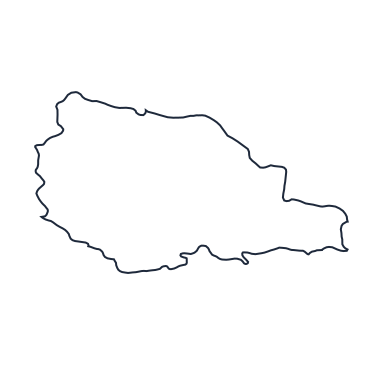 Byaroza, Brest, Belarus, rotated 6°
{"feature_id": "67162791B6222300561744", "entity_name": "Byaroza", "entity_type": "district", "adm_level": 2, "iso_a3": "BLR", "parent_name": "Belarus", "parent_adm1": "Brest", "projection": "natural_earth1", "projection_center": [25.045, 52.495], "detail": "fine", "context": "isolated", "style": "outline", "palette": "slate", "viewbox_px": 384, "rotation_deg": 6, "n_neighbors": 0, "source": "geoboundaries", "source_scale": "gbopen_adm2", "svg_char_len": 4269}
<svg xmlns="http://www.w3.org/2000/svg" viewBox="0 0 384 384"><g transform="rotate(6 192 192)"><path d="M94.5,256.8L96.7,257.1L100.9,258.2L103.3,258.6L105.0,258.6L106.6,259.0L108.9,260.7L109.8,262.0L110.7,264.0L112.2,265.7L114.9,266.8L118.6,267.1L121.4,267.1L122.3,268.5L123.8,270.4L124.3,272.8L125.6,275.3L126.8,277.0L128.6,278.2L130.8,278.9L134.0,279.1L136.9,279.2L141.3,278.2L144.6,277.6L147.6,276.7L150.1,275.9L152.3,275.5L155.1,275.4L157.3,274.8L159.3,274.3L161.6,273.8L163.6,273.4L165.4,272.8L168.1,271.8L170.0,269.6L171.4,268.9L173.8,268.3L175.2,268.7L175.9,269.6L177.0,270.7L178.0,271.0L179.4,270.9L182.4,269.9L184.8,268.5L186.3,267.4L187.8,266.6L189.2,266.1L191.3,265.4L193.0,264.9L194.0,263.9L194.2,262.8L194.0,261.3L193.8,259.5L193.6,258.5L192.3,258.1L190.5,257.9L187.9,257.2L187.1,256.2L187.4,254.8L189.2,254.0L190.8,253.7L194.3,253.7L197.3,253.8L199.3,252.9L200.8,252.1L202.1,250.8L203.0,249.8L203.8,247.9L204.6,246.2L205.4,245.4L206.9,244.4L208.8,244.2L211.4,244.3L213.8,246.0L214.7,247.2L215.7,249.1L217.1,250.6L218.5,252.2L220.3,252.9L222.3,253.4L223.6,253.9L225.1,254.9L227.0,255.7L229.0,256.0L233.2,255.8L235.7,255.3L237.6,254.8L241.3,253.8L243.8,253.6L247.7,254.3L249.7,255.8L251.2,257.5L252.6,258.0L253.8,257.8L254.9,257.0L255.1,255.7L253.2,253.9L252.2,253.1L250.1,251.4L248.7,249.6L248.4,248.0L248.8,246.9L249.9,246.6L251.8,246.5L253.5,246.4L255.6,246.7L257.9,247.2L261.6,247.2L264.6,246.4L267.6,245.6L270.4,244.7L273.7,243.2L276.5,241.8L279.6,240.6L282.9,239.1L284.6,238.2L287.8,238.1L291.4,238.1L293.7,238.5L295.2,238.9L297.0,239.2L299.2,239.1L301.3,239.1L303.7,239.1L305.2,239.1L306.5,239.0L308.4,238.8L310.2,239.5L312.4,241.0L313.4,241.7L314.5,241.8L315.6,240.3L317.5,238.8L320.6,237.8L322.3,236.9L325.6,236.4L327.4,236.1L327.5,235.7L329.2,234.3L331.6,232.9L333.9,232.3L337.3,232.3L342.5,234.0L346.1,234.8L348.8,234.9L352.1,234.3L352.7,232.9L350.4,232.0L348.6,230.6L347.0,228.3L346.4,223.4L345.5,220.8L344.9,217.2L343.9,213.5L344.3,210.0L345.4,208.0L348.9,205.4L349.9,205.2L349.1,203.1L348.5,200.3L346.7,197.6L344.1,195.0L340.5,193.0L336.2,191.5L332.8,191.3L329.8,191.3L327.8,191.7L324.9,192.5L323.1,192.9L321.2,192.9L316.5,192.3L313.7,191.9L309.4,191.7L306.2,191.5L301.1,189.9L298.4,189.3L294.0,188.8L291.8,188.9L289.5,190.6L286.9,191.2L284.6,190.8L283.0,188.0L283.0,184.0L283.4,179.6L283.3,176.2L283.6,172.1L283.6,166.7L283.6,164.2L283.6,162.1L283.1,159.9L281.2,158.2L278.8,157.6L274.7,157.6L271.1,157.6L267.6,157.2L264.7,158.7L262.4,159.8L260.2,160.4L257.2,160.5L255.5,159.3L252.3,156.9L248.7,154.6L245.9,152.1L245.0,149.2L244.5,146.1L243.0,143.4L232.0,137.0L226.6,134.3L221.4,132.2L217.5,127.8L215.1,125.2L213.0,122.8L209.4,120.1L206.2,118.3L201.7,116.2L197.2,114.7L194.2,114.6L190.6,115.1L188.3,115.3L185.6,116.1L182.6,116.4L179.2,117.5L175.5,118.8L171.3,119.4L165.5,120.1L160.1,120.2L155.8,119.5L151.7,118.8L146.6,117.8L139.8,116.8L137.5,115.5L137.7,116.5L137.5,118.1L136.7,119.4L135.6,120.6L132.7,120.8L130.8,120.4L128.3,118.9L127.4,117.1L125.1,115.6L122.2,115.1L117.6,115.1L114.8,115.5L110.9,116.0L106.3,115.7L102.7,115.0L99.0,114.1L96.4,113.2L92.0,112.3L87.6,111.5L83.2,112.1L79.0,111.3L75.8,110.5L73.2,108.9L71.0,106.5L67.8,105.0L66.1,104.8L61.6,105.9L58.4,108.4L57.1,110.7L56.2,112.3L55.1,114.0L53.9,115.2L52.3,116.1L50.2,117.1L48.7,118.7L48.0,121.2L49.6,124.3L50.2,129.2L50.7,136.4L52.0,138.9L54.7,140.2L57.4,143.0L57.4,144.5L56.0,147.1L53.2,149.1L50.1,150.7L47.8,151.6L45.3,153.0L43.5,154.5L42.1,155.9L41.3,157.0L40.6,158.3L39.8,159.5L39.3,160.3L37.5,160.9L35.9,161.1L33.0,161.6L31.4,162.6L31.3,163.6L32.5,165.1L33.6,166.5L34.2,167.8L35.6,170.1L36.0,171.8L35.7,176.5L36.1,180.6L35.9,183.1L35.4,184.6L34.4,186.2L34.3,187.5L34.8,189.1L36.8,190.6L39.1,192.1L41.2,194.3L43.1,196.1L44.1,197.4L44.0,199.4L43.2,200.6L41.6,202.3L39.5,204.6L38.7,205.8L37.9,207.4L37.4,209.7L38.5,211.8L40.6,215.0L42.6,217.3L44.3,219.0L45.9,220.3L47.2,221.3L48.6,222.8L50.2,224.4L50.6,225.6L50.6,226.7L50.4,227.4L49.7,229.8L48.4,231.5L45.3,232.4L44.9,232.5L45.3,232.8L47.0,233.7L49.2,234.6L52.4,235.3L54.7,235.6L57.0,236.7L61.0,239.1L64.1,240.5L67.2,241.7L69.8,243.0L71.9,244.6L73.9,246.7L74.6,248.4L76.2,251.1L78.2,252.4L80.8,253.0L84.3,253.1L89.2,253.3L91.6,253.4L94.0,254.4L94.7,256.0L94.5,256.8Z" fill="none" stroke="#1e293b" stroke-width="2"/></g></svg>